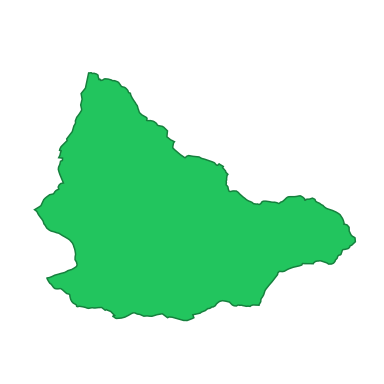 the district of Abrud, Alba, Romania, rotated 175°
{"feature_id": "2599482B81396350140690", "entity_name": "Abrud", "entity_type": "district", "adm_level": 2, "iso_a3": "ROU", "parent_name": "Romania", "parent_adm1": "Alba", "projection": "equal_earth", "projection_center": [23.059, 46.267], "detail": "fine", "context": "isolated", "style": "filled", "palette": "green", "viewbox_px": 384, "rotation_deg": 175, "n_neighbors": 0, "source": "geoboundaries", "source_scale": "gbopen_adm2", "svg_char_len": 5969}
<svg xmlns="http://www.w3.org/2000/svg" viewBox="0 0 384 384"><g transform="rotate(175 192 192)"><path d="M284.6,319.6L289.1,304.8L293.9,299.7L293.4,294.0L295.3,288.4L294.7,283.9L295.1,282.7L297.3,279.8L299.3,277.5L300.3,276.5L302.0,273.0L302.0,271.0L302.7,269.7L303.9,268.1L306.0,262.6L308.4,260.0L312.2,255.8L311.9,254.1L317.5,249.4L318.6,248.4L319.8,246.4L320.3,245.0L319.6,244.7L318.8,244.6L318.7,244.5L319.7,242.2L320.4,240.0L321.8,237.8L318.0,237.0L318.4,234.7L320.3,234.1L321.1,231.5L321.7,230.2L322.6,228.7L322.9,227.8L323.2,226.1L322.7,223.4L322.1,221.0L319.3,212.2L321.9,211.9L323.6,210.7L324.9,208.6L324.4,206.5L326.8,205.6L327.7,205.0L328.6,204.2L329.3,203.2L329.9,202.6L330.4,202.2L331.5,202.0L334.0,201.7L337.3,199.7L339.0,198.5L340.4,197.2L343.7,191.5L345.7,190.4L350.4,188.1L348.8,186.7L348.0,185.6L347.5,184.2L346.9,182.8L344.7,179.1L344.1,178.4L343.8,177.7L343.2,176.7L342.8,175.7L342.5,174.3L342.3,173.3L342.1,172.8L341.8,172.5L341.2,171.6L339.8,168.7L339.4,168.3L337.6,166.6L335.8,165.4L332.7,164.3L330.6,163.3L328.2,162.5L324.7,159.8L322.9,158.6L319.4,156.1L318.0,154.9L315.6,151.6L314.8,149.5L314.4,147.5L314.0,146.1L313.7,144.5L313.5,142.3L313.4,140.0L314.1,137.5L314.4,134.7L313.2,132.3L312.8,129.5L313.3,128.3L314.0,127.6L315.8,126.6L318.5,125.3L322.4,124.5L323.8,123.8L325.0,123.3L325.7,123.0L327.1,122.7L329.7,122.3L332.1,121.8L336.0,121.1L338.8,120.0L341.5,119.2L343.6,119.0L344.0,118.9L343.9,118.3L343.0,116.2L342.1,114.4L341.5,113.4L340.7,112.8L339.8,111.6L338.3,109.1L337.8,108.5L336.8,107.7L335.1,107.3L333.8,107.2L331.9,107.3L331.1,107.1L330.6,106.8L329.4,105.7L326.8,102.9L325.7,101.8L324.6,101.4L323.8,101.2L323.0,100.6L322.7,100.1L322.7,98.6L322.3,96.0L322.0,95.0L321.3,93.4L320.0,91.7L317.2,89.8L317.0,89.4L316.9,88.2L316.3,87.8L315.4,87.8L314.2,88.0L310.6,87.1L308.2,86.3L306.6,85.5L305.8,85.3L305.2,85.1L302.4,85.4L301.3,85.4L299.7,85.0L298.7,84.9L295.2,85.0L292.0,84.8L288.8,81.8L287.7,82.3L287.4,82.3L287.1,81.9L283.4,80.1L279.9,75.8L281.2,75.6L281.6,74.9L280.2,74.0L279.4,73.1L278.2,72.6L273.3,72.6L269.8,73.2L266.0,74.7L263.5,75.9L261.4,76.7L259.6,76.6L257.2,75.2L254.6,74.6L250.8,72.5L247.5,72.5L245.1,72.0L242.8,71.7L240.3,72.2L237.7,72.8L232.2,73.3L227.3,68.9L225.6,69.5L222.7,69.0L211.6,64.8L208.0,64.4L203.1,65.8L201.1,66.6L201.9,69.6L194.5,70.6L193.1,71.5L189.1,72.7L186.4,74.5L185.3,74.4L183.4,74.9L182.8,75.6L180.8,75.7L178.7,76.7L177.5,78.3L175.6,79.7L174.0,80.6L171.2,81.1L167.9,80.3L164.1,79.0L163.5,78.1L161.7,76.0L160.9,75.5L160.0,75.0L157.8,74.6L156.2,75.3L155.0,75.3L154.6,75.0L152.3,74.9L151.3,74.4L149.4,73.9L147.9,73.4L145.9,73.4L144.8,73.1L144.0,73.0L143.4,73.6L142.5,73.8L141.3,74.2L135.1,73.4L135.1,73.8L133.2,76.5L132.9,77.5L132.9,78.5L132.3,79.8L131.0,81.3L129.6,83.3L127.9,87.4L126.8,88.8L123.4,92.4L120.2,95.5L114.0,102.2L113.5,104.0L111.9,105.3L108.7,104.8L106.7,105.1L103.9,106.4L102.3,107.0L97.8,108.2L91.3,109.1L89.0,109.7L88.2,111.1L85.8,110.8L77.4,110.0L77.0,110.8L74.9,112.1L72.8,112.3L71.8,112.2L71.0,112.4L69.7,112.2L64.2,109.8L63.3,109.2L62.9,108.9L62.3,108.3L59.3,108.1L57.5,108.7L56.9,109.1L55.6,110.4L55.0,111.8L53.4,113.1L53.0,113.7L52.6,115.0L51.8,115.9L51.1,116.3L49.8,116.4L49.1,116.8L47.9,119.4L47.5,120.5L47.1,121.1L46.4,121.5L44.7,121.5L41.5,122.0L40.0,123.0L39.3,124.5L37.5,125.1L33.6,128.2L33.6,132.1L34.9,133.2L36.0,133.8L37.4,135.6L38.8,139.4L38.6,143.2L40.3,145.6L42.1,146.4L43.5,146.8L43.2,147.6L43.7,150.4L44.4,152.6L45.8,155.2L46.5,156.5L47.8,157.7L50.3,159.5L53.7,161.4L57.9,163.2L59.4,163.9L60.8,165.0L61.9,166.1L62.7,167.2L63.9,167.9L65.1,168.8L65.7,169.5L68.4,171.0L69.3,171.7L69.7,172.3L70.0,173.2L70.1,173.8L70.7,174.3L72.6,175.4L75.5,174.7L76.6,174.7L77.8,174.8L78.9,174.7L79.3,174.2L79.8,173.9L80.4,174.1L80.5,174.8L80.5,175.5L81.3,176.4L82.1,177.2L84.2,178.7L85.3,178.8L88.0,178.5L89.9,178.4L94.9,178.8L96.2,178.8L97.4,178.5L98.8,177.6L100.1,176.5L101.8,175.2L103.0,174.5L104.5,174.2L106.1,173.0L106.9,173.1L108.3,173.9L109.5,174.3L110.5,174.6L111.9,174.7L113.2,174.9L114.4,175.2L115.5,175.6L119.5,176.5L120.8,176.6L121.7,176.6L122.5,176.4L123.4,175.9L124.1,174.9L124.6,174.4L126.1,173.7L127.0,174.0L127.9,174.4L128.8,174.3L130.8,174.8L131.5,174.9L132.1,175.4L132.6,175.9L133.2,176.5L135.2,177.6L136.3,178.1L137.4,178.8L138.7,179.8L139.8,181.0L141.4,182.4L144.7,185.9L146.0,187.6L147.8,189.1L151.0,189.5L153.8,189.1L154.7,189.4L155.1,189.8L155.6,191.7L155.7,193.0L155.8,194.0L156.5,195.1L157.4,196.2L156.9,198.5L157.1,199.2L156.9,200.1L156.4,201.0L156.4,202.1L156.2,203.2L155.8,204.9L155.5,205.8L155.2,205.9L154.7,206.5L156.1,208.2L156.6,208.6L156.6,209.4L156.7,209.9L158.3,212.2L159.4,213.6L158.6,214.7L160.9,216.4L161.8,216.9L162.1,217.4L162.4,217.6L163.1,217.4L164.0,216.4L164.6,216.4L165.1,216.6L165.9,217.4L166.8,218.8L167.5,219.4L169.4,220.4L174.8,222.8L176.6,223.6L179.4,224.6L181.9,226.3L188.1,227.5L192.2,228.6L194.2,228.0L195.7,226.8L196.3,226.9L200.3,230.2L202.1,232.0L205.8,235.8L206.9,237.2L207.3,237.7L207.2,238.7L206.6,240.9L206.0,242.7L205.1,243.6L207.6,245.2L208.7,245.8L211.9,248.9L212.2,249.2L211.8,251.4L211.1,255.0L214.5,259.0L215.9,260.0L219.1,260.9L219.9,261.2L220.7,261.7L221.4,263.4L222.5,264.4L223.4,265.2L224.7,266.0L227.4,266.8L228.7,266.8L230.4,267.1L230.9,267.3L230.4,269.2L230.5,269.6L230.9,270.2L235.2,273.2L237.2,275.4L237.6,276.2L238.1,278.5L238.5,279.8L238.8,281.8L239.1,282.9L240.2,284.7L240.6,285.7L242.2,288.5L243.6,291.3L244.5,293.7L244.7,294.9L244.8,295.7L245.0,295.9L246.4,296.5L246.7,297.2L247.1,298.8L248.1,300.2L249.1,301.4L250.2,302.2L252.0,302.8L253.1,303.3L255.6,307.6L256.8,308.4L259.3,309.6L261.6,309.9L262.7,310.7L265.7,311.8L268.5,312.3L269.3,312.3L269.9,312.1L270.6,311.7L271.4,311.2L272.5,311.3L273.0,311.0L273.4,311.3L273.4,311.6L274.0,312.5L274.3,312.5L274.8,312.1L275.0,312.2L275.0,312.9L275.4,314.7L275.5,316.0L275.4,316.5L276.8,317.8L279.2,318.8L279.8,318.8L280.4,318.7L281.2,318.8L281.6,319.4L282.2,319.6L283.0,319.6L283.8,319.5L284.6,319.6Z" fill="#22c55e" stroke="#15803d" stroke-width="1.5"/></g></svg>